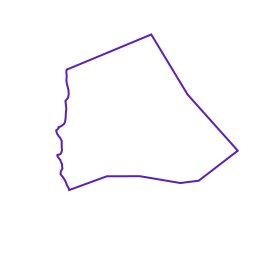 Alamn, Matruh, Egypt (Robinson projection), rotated 239°
{"feature_id": "37247803B41250479572628", "entity_name": "Alamn", "entity_type": "district", "adm_level": 2, "iso_a3": "EGY", "parent_name": "Egypt", "parent_adm1": "Matruh", "projection": "robinson", "projection_center": [28.773, 30.785], "detail": "fine", "context": "isolated", "style": "outline", "palette": "violet", "viewbox_px": 256, "rotation_deg": 239, "n_neighbors": 0, "source": "geoboundaries", "source_scale": "gbopen_adm2", "svg_char_len": 956}
<svg xmlns="http://www.w3.org/2000/svg" viewBox="0 0 256 256"><g transform="rotate(239 128 128)"><path d="M209.6,105.5L208.8,104.7L206.5,103.3L204.3,102.4L203.3,101.7L202.4,101.0L200.7,99.8L198.0,98.6L191.2,96.5L187.8,94.8L184.8,92.2L183.4,88.3L181.4,87.4L176.7,85.3L172.9,82.5L170.0,80.6L166.9,78.3L165.4,76.8L164.3,74.9L164.0,72.1L164.1,70.3L164.5,68.8L163.7,68.4L163.0,66.5L163.0,65.3L160.2,64.3L156.8,64.4L154.2,64.8L151.2,64.6L147.3,62.2L142.9,59.9L141.5,58.4L141.0,57.8L140.6,56.9L140.5,55.8L140.7,55.2L141.0,54.6L141.3,53.7L140.8,53.2L139.3,53.0L137.3,53.2L135.4,53.5L133.5,53.0L131.4,52.9L130.5,52.7L129.7,52.0L128.5,51.5L127.1,51.0L126.4,49.7L125.9,48.9L125.4,48.1L124.3,47.2L124.0,47.0L123.1,46.4L121.1,46.6L118.4,47.0L116.2,47.0L114.1,46.9L110.3,46.2L106.8,46.1L105.1,45.6L104.7,47.8L97.5,85.0L80.6,113.3L53.9,144.5L46.4,161.5L52.0,210.4L126.0,196.3L196.2,196.1L209.6,105.6L209.6,105.5Z" fill="none" stroke="#5b21b6" stroke-width="2"/></g></svg>